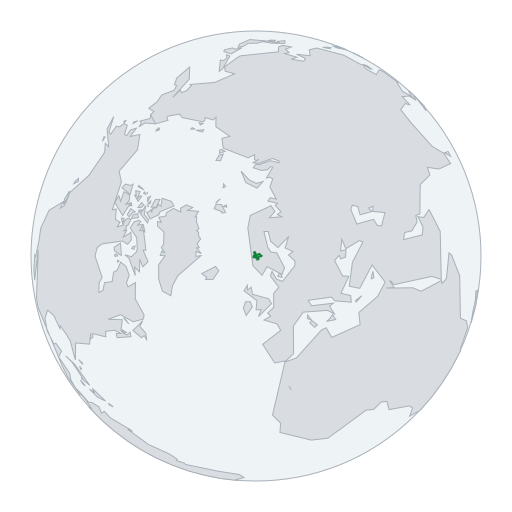 globe centered on Sør-Trøndelag, rotated 318°
{"feature_id": "NOR-911", "entity_name": "Sør-Trøndelag", "entity_type": "County", "adm_level": 1, "iso_a3": "NOR", "parent_name": "Norway", "parent_adm1": "", "projection": "orthographic", "projection_center": [9.786, 63.353], "detail": "fine", "context": "on_globe", "style": "filled", "palette": "green", "viewbox_px": 512, "rotation_deg": 318, "n_neighbors": 0, "source": "natural_earth", "source_scale": "10m", "svg_char_len": 13495}
<svg xmlns="http://www.w3.org/2000/svg" viewBox="0 0 512 512"><g transform="rotate(318 256 256)"><circle cx="256" cy="256" r="225" fill="#eef3f6" stroke="#a8b0b8"/><path d="M30.7,256.3L31.6,260.0L33.2,248.4L33.5,242.6L32.5,241.0L35.1,219.7L38.5,207.9L59.5,148.7L64.5,140.7L69.0,136.0L98.3,105.7L75.3,125.9L82.4,116.9L92.3,107.2L91.9,108.9L105.4,99.1L114.8,91.2L132.8,83.6L148.8,86.6L142.7,89.6L147.3,90.3L155.2,86.8L159.4,84.3L185.8,84.3L213.0,77.6L219.4,71.4L219.7,76.2L230.3,62.0L243.6,57.2L229.9,65.3L229.5,68.3L239.2,66.1L240.9,68.7L246.6,69.3L247.8,72.7L239.7,77.6L240.3,80.0L247.1,78.4L252.6,81.0L242.5,83.0L251.0,88.0L239.0,97.7L211.0,101.4L205.6,110.8L180.0,125.6L183.6,127.5L176.1,134.8L177.5,139.9L172.4,141.5L177.9,144.2L182.3,141.8L186.3,142.3L187.5,145.1L181.1,147.6L179.6,146.5L178.4,148.7L174.7,148.8L177.2,150.4L169.4,153.2L178.8,154.7L174.1,160.6L168.4,161.3L166.8,155.5L149.7,144.0L143.5,143.5L136.3,148.3L127.3,169.0L121.4,171.0L114.9,177.9L119.1,179.2L125.7,174.4L132.0,178.8L139.4,172.7L143.0,173.7L151.4,170.0L152.4,176.8L148.9,185.5L141.9,189.1L140.2,193.2L148.6,195.1L137.5,207.2L133.4,224.9L130.2,227.5L120.8,222.8L116.1,209.1L103.8,204.1L114.0,213.9L106.0,220.8L105.7,224.8L107.5,228.4L111.4,228.4L109.1,232.3L98.2,223.8L100.0,220.1L103.5,222.7L101.2,216.5L93.8,211.4L90.3,215.6L82.7,204.4L80.2,207.4L77.1,206.8L81.7,202.7L73.3,210.1L63.8,199.9L52.2,212.4L61.1,194.9L62.8,186.2L63.8,176.9L61.8,178.7L65.9,164.7L64.9,156.8L57.6,161.0L50.7,171.9L46.9,186.3L48.9,186.9L47.9,196.6L41.8,199.0L39.0,218.6L35.4,224.2L33.6,233.3L33.9,241.4L33.7,252.6L35.9,254.9L38.4,263.2L36.0,269.5L39.3,269.8L39.4,278.7L45.9,299.4L44.8,299.3L49.9,323.9L59.3,345.6L61.5,354.3L60.0,354.8L64.1,361.9L64.2,363.8L84.2,391.0L97.4,407.3L98.9,412.6L91.7,408.9L92.6,411.1L81.3,398.3L71.1,384.6L61.8,370.3L53.8,355.2L46.8,339.6L41.1,323.6L36.6,307.1L33.4,290.3L31.4,273.4L30.7,256.3ZM48.8,215.0L45.9,240.8L44.3,229.8L45.2,231.1L46.6,223.7L48.2,212.0L47.7,202.8L48.8,215.0ZM54.7,218.3L54.9,214.3L55.2,217.8L54.7,218.3ZM160.9,82.9L155.2,86.5L147.4,88.8L151.9,85.5L160.9,82.9ZM176.1,79.5L173.9,81.7L169.0,80.3L171.8,79.5L176.1,79.5ZM223.5,66.5L218.5,68.1L222.8,65.7L223.5,66.5ZM247.2,68.8L248.0,67.5L250.6,68.4L247.2,68.8ZM150.3,166.5L150.8,168.2L149.0,168.0L150.3,166.5ZM153.4,163.4L150.9,162.0L152.0,160.3L153.6,161.2L153.4,163.4ZM254.8,74.5L258.6,76.4L253.3,75.3L254.8,74.5ZM156.3,165.6L154.3,157.5L156.4,154.6L163.9,155.7L156.3,165.6ZM260.0,78.1L269.4,83.0L272.2,80.5L269.7,90.5L262.5,82.9L255.5,81.7L259.8,80.5L260.0,78.1ZM183.2,139.8L178.6,142.5L181.3,137.7L183.2,139.8ZM184.0,136.7L186.9,121.7L194.4,119.4L191.9,124.8L200.8,119.9L203.0,126.1L198.7,130.2L193.4,130.4L198.3,132.6L184.0,136.7ZM266.9,95.3L268.0,97.4L265.3,96.2L266.9,95.3ZM188.0,142.1L188.0,139.2L194.5,136.9L195.8,142.4L193.3,141.3L188.0,142.1ZM202.0,115.7L207.0,115.1L210.3,119.9L212.7,120.4L203.7,126.0L202.0,115.7ZM192.4,143.3L196.3,145.2L194.4,148.9L188.6,144.8L192.4,143.3ZM195.6,134.1L198.7,133.4L197.4,135.5L195.6,134.1ZM189.6,163.6L189.4,159.9L192.7,158.4L189.6,163.6ZM197.9,145.7L198.6,144.4L199.9,143.5L202.0,145.5L197.9,145.7ZM206.6,129.1L206.9,131.3L210.4,127.0L213.0,130.6L206.5,133.8L210.4,134.0L211.1,135.1L205.0,136.5L206.6,129.1ZM208.0,144.8L200.7,150.3L200.4,157.3L197.4,158.8L198.4,147.3L208.0,144.8ZM206.8,139.7L206.9,143.2L203.1,143.2L200.7,140.9L206.8,139.7ZM217.0,132.0L214.8,125.6L216.2,125.2L217.0,132.0ZM208.7,146.8L210.4,145.4L209.1,147.2L208.7,146.8ZM215.3,136.5L214.3,134.2L216.0,133.8L215.3,136.5ZM214.7,144.6L212.4,146.3L210.7,144.8L214.7,144.6ZM215.6,140.9L218.2,140.8L211.5,143.2L214.9,139.9L215.6,140.9ZM217.1,136.4L217.7,135.4L217.2,137.4L217.1,136.4ZM222.5,149.7L214.5,153.1L210.8,149.5L219.1,146.7L222.5,149.7ZM480.7,240.5L480.9,245.5L479.8,243.6L479.1,247.3L476.8,239.5L471.3,235.4L471.5,247.0L469.0,242.6L461.5,243.9L460.4,260.5L460.3,292.8L464.3,305.3L462.5,317.5L450.2,313.8L442.7,304.8L439.5,312.1L425.8,312.8L405.9,334.4L401.9,332.8L398.4,338.5L388.6,341.6L382.1,338.0L376.6,342.6L393.7,351.5L399.4,346.4L402.6,335.1L406.4,339.6L415.7,337.3L409.4,360.9L378.0,397.4L373.0,388.8L339.5,369.7L339.5,365.3L339.3,364.9L338.8,364.2L337.6,371.9L331.2,366.9L351.1,384.4L355.2,392.7L377.5,398.3L375.9,400.9L382.5,400.2L401.5,382.8L402.0,386.1L394.2,406.9L366.3,439.0L369.0,445.0L365.2,451.0L345.6,461.9L345.1,462.9L343.1,463.8L326.5,470.0L309.4,474.9L292.0,478.4L274.4,480.5L263.0,477.8L270.8,473.6L269.4,469.8L252.1,459.2L256.0,451.6L251.0,448.2L240.8,448.8L234.7,444.2L228.3,443.6L187.5,439.5L174.0,429.9L155.7,403.2L162.4,396.7L161.9,385.2L206.5,354.2L217.9,358.8L255.1,354.8L260.1,356.3L257.8,367.2L287.4,376.7L294.6,366.8L319.4,367.4L334.5,361.8L336.3,340.4L311.4,349.4L305.1,340.9L323.3,325.3L344.8,317.1L343.0,313.6L327.7,310.7L330.9,300.9L322.2,308.9L327.1,311.5L321.8,316.8L317.0,314.8L318.3,311.3L311.4,311.8L307.0,328.7L311.4,333.2L294.2,340.5L299.9,348.8L295.9,354.1L284.7,342.2L284.5,336.9L265.2,323.9L263.9,330.1L282.0,342.9L277.1,342.5L275.5,351.6L272.9,344.4L253.5,329.3L236.8,333.1L218.6,353.7L208.3,354.0L198.3,348.0L201.9,326.1L224.6,327.8L226.2,320.6L219.1,308.9L226.6,310.6L226.5,306.2L234.8,306.1L244.0,295.7L252.1,294.4L253.3,280.5L257.7,278.1L255.7,286.9L258.7,292.6L278.5,289.2L281.6,285.7L280.8,277.0L286.4,277.4L283.0,269.5L293.3,263.4L278.0,264.4L276.7,254.7L281.5,246.0L278.3,243.1L270.5,257.5L269.8,263.1L273.6,267.6L269.3,283.8L263.1,287.1L257.1,271.3L247.6,274.4L247.2,261.1L268.7,229.7L278.9,222.0L300.8,228.7L299.9,235.6L291.5,236.5L301.4,244.2L299.6,239.5L304.2,239.9L304.1,231.3L307.3,231.2L301.6,223.2L305.6,222.2L309.2,227.3L312.4,214.1L320.0,209.9L319.2,207.0L316.1,205.0L327.8,201.3L326.7,199.3L322.4,199.7L317.4,196.2L313.0,188.6L317.3,187.7L319.5,190.3L330.4,194.7L335.5,202.1L336.8,201.0L333.4,194.4L320.0,189.0L316.2,184.7L322.8,186.2L320.1,185.3L319.5,182.9L323.0,179.8L315.9,177.8L303.8,153.9L309.4,145.8L316.6,149.6L312.7,133.1L319.2,126.0L315.3,126.3L310.7,119.0L308.6,121.1L306.4,120.8L293.8,103.8L294.2,99.5L284.3,93.2L282.2,93.5L281.4,96.3L269.7,90.5L272.2,80.5L276.7,80.4L275.2,74.5L285.7,75.2L293.7,73.3L306.0,78.0L311.2,76.3L310.0,74.2L316.2,70.7L333.2,71.2L324.8,79.9L300.4,82.4L310.8,82.0L310.0,84.9L314.8,86.6L322.0,86.2L321.8,84.4L341.6,99.5L362.1,106.3L356.8,98.2L359.2,94.3L377.9,96.5L409.3,119.3L412.8,115.7L416.8,117.3L422.1,124.3L416.4,122.1L416.7,126.9L412.7,124.7L419.4,135.7L413.9,133.2L421.8,143.3L425.0,142.2L421.1,133.2L430.3,143.4L433.6,138.4L440.2,142.0L455.6,165.4L461.9,183.4L463.6,186.0L462.9,190.2L466.8,201.7L472.1,200.0L473.7,203.3L477.8,222.3L477.0,220.3L475.1,231.5L478.3,241.7L479.9,235.2L480.5,237.5L480.7,240.5ZM193.5,374.6L192.9,378.2L192.8,378.3L193.5,374.6ZM369.4,317.7L381.0,310.0L372.5,301.0L376.2,297.4L371.9,295.8L371.8,300.4L360.9,295.0L364.7,287.5L361.6,282.6L357.5,285.0L352.3,299.7L367.9,307.4L366.6,314.5L369.4,317.7ZM46.2,300.0L46.7,303.7L45.4,300.4L46.2,300.0ZM42.4,230.7L42.6,235.2L42.1,238.4L41.7,235.3L42.4,230.7ZM48.0,267.2L49.0,272.7L47.2,268.1L48.0,267.2ZM45.8,244.7L47.1,263.1L43.8,254.9L43.2,243.4L44.6,249.8L45.8,244.7ZM51.2,219.7L51.0,222.9L49.9,223.2L51.2,219.7ZM54.9,220.9L54.7,219.9L55.5,217.7L54.9,220.9ZM106.7,221.3L107.5,222.1L108.5,226.1L106.5,225.1L106.7,221.3ZM122.4,239.7L118.4,245.6L119.8,240.5L116.2,240.0L114.8,229.0L128.6,228.3L122.6,230.5L122.4,239.7ZM116.7,214.4L116.1,221.3L116.2,213.9L116.7,214.4ZM217.6,283.0L221.2,286.2L219.2,291.3L208.9,293.7L211.7,286.3L217.6,283.0ZM226.8,289.8L223.8,273.8L230.0,271.9L227.0,275.6L231.5,276.0L227.8,282.1L236.8,296.3L235.6,301.8L217.3,302.7L223.9,299.2L220.0,296.1L226.8,289.8ZM205.1,239.0L203.8,232.8L219.0,236.7L218.4,242.1L208.1,244.6L202.8,239.7L205.1,239.0ZM169.9,169.4L168.5,167.3L170.2,166.6L172.9,167.7L169.9,169.4ZM189.3,162.0L178.1,178.0L175.9,176.3L172.0,188.0L164.6,188.3L167.4,180.6L158.8,189.8L158.3,183.0L153.2,189.8L160.1,172.7L159.3,167.3L163.0,173.2L169.8,173.0L172.5,171.3L179.6,162.5L181.3,150.9L188.3,149.1L192.8,151.0L193.5,153.5L188.7,153.8L193.0,156.9L186.6,159.3L189.3,162.0ZM241.5,177.7L235.7,176.3L243.2,184.4L236.9,186.2L238.2,187.1L234.4,191.1L232.0,197.5L228.8,197.4L229.2,200.0L226.7,202.8L226.3,206.3L220.4,207.5L219.4,212.0L217.2,210.1L217.0,217.5L214.5,212.5L211.0,215.9L215.3,218.9L184.7,218.3L173.9,222.3L166.1,228.6L162.9,219.6L168.1,208.3L177.7,197.4L188.6,195.0L185.2,191.5L189.4,189.4L190.3,193.0L191.4,186.3L195.1,185.5L203.6,176.7L202.9,167.8L206.0,164.5L208.1,167.6L209.7,162.2L215.9,166.0L218.2,163.8L226.6,165.5L229.5,173.1L231.9,170.0L238.4,171.4L241.5,177.7ZM224.9,150.4L229.7,158.7L228.6,163.9L214.3,158.9L211.3,160.3L202.2,157.6L204.0,150.2L206.4,151.6L209.2,151.3L207.6,153.7L211.0,151.6L214.5,153.5L218.1,152.4L218.7,155.4L224.9,150.4ZM264.6,351.8L268.2,352.0L273.7,350.8L272.7,356.6L264.6,351.8ZM251.2,341.8L254.3,340.9L255.6,348.3L251.9,348.2L251.2,341.8ZM254.9,334.3L254.4,340.3L252.4,337.1L254.9,334.3ZM258.5,285.7L261.7,284.3L262.4,286.2L261.2,289.4L258.5,285.7ZM262.6,203.2L259.4,201.3L260.1,199.9L256.5,192.8L260.9,191.0L264.8,194.6L262.6,203.2ZM332.7,345.6L329.1,351.1L326.4,350.1L328.2,348.4L332.7,345.6ZM300.0,355.7L308.0,356.3L299.6,357.3L300.0,355.7ZM266.8,200.1L264.8,197.3L268.2,198.2L266.8,200.1ZM263.9,189.4L267.8,189.6L261.0,190.0L263.9,189.4ZM371.1,449.6L379.0,443.2L390.0,435.2L395.9,429.2L397.7,429.8L386.8,439.4L371.1,449.6ZM481.3,257.4L479.6,262.1L480.2,254.8L481.0,244.6L481.3,257.4ZM465.1,305.4L468.7,306.9L467.3,312.1L465.1,305.4ZM468.3,180.7L463.9,169.5L464.2,170.1L468.0,179.9L468.3,180.7ZM460.0,161.1L460.9,162.6L461.2,163.8L460.0,161.1ZM465.8,188.7L467.1,194.5L466.0,193.3L463.7,185.2L465.8,188.7ZM445.2,145.5L449.4,149.2L451.1,151.4L449.7,151.5L445.2,145.5ZM301.7,183.0L301.8,194.7L304.8,202.3L311.1,205.3L302.2,206.3L297.6,194.5L301.7,183.0ZM303.1,157.5L297.6,155.2L299.9,153.1L301.5,153.3L303.1,157.5ZM299.9,158.3L293.4,161.5L290.2,158.2L296.0,156.3L299.9,158.3ZM280.2,180.6L280.0,184.1L277.2,183.3L280.2,180.6ZM460.9,162.5L460.3,161.1L458.6,157.6L460.0,160.4L460.9,162.5ZM455.0,150.4L454.6,149.6L455.0,150.4ZM458.0,157.7L456.4,153.2L460.4,162.2L455.5,155.7L453.5,151.0L458.0,157.7ZM414.6,108.6L412.3,108.2L409.0,104.1L411.5,105.4L414.6,108.6ZM396.2,91.0L407.4,102.9L416.0,113.1L415.6,110.9L421.6,115.3L419.7,117.3L410.2,108.5L404.5,101.2L399.2,98.5L392.3,92.6L386.9,91.8L382.4,88.9L385.6,87.5L396.2,91.0ZM384.8,91.8L372.9,89.2L368.8,82.6L370.5,81.7L377.7,85.6L379.4,88.8L384.8,91.8ZM368.8,86.7L370.4,89.9L356.2,94.6L352.2,94.1L360.8,86.5L362.7,89.2L366.9,89.3L368.8,86.7ZM270.0,96.4L268.1,97.3L268.6,95.4L270.0,96.4ZM305.3,122.1L302.3,121.3L302.9,119.0L305.3,122.1ZM294.4,117.9L295.8,121.1L292.5,118.1L294.4,117.9ZM299.3,128.1L295.5,122.5L301.7,127.3L299.3,128.1Z" fill="#d9dde1" stroke="#a8b0b8" stroke-width="1"/><path d="M260.0,256.5L260.3,257.3L260.1,257.6L260.1,257.8L260.3,258.4L260.2,258.8L260.5,259.9L260.4,259.9L260.1,259.8L259.7,259.7L259.5,259.8L259.4,259.7L259.2,259.7L258.6,259.1L258.6,258.9L258.5,258.7L258.4,258.6L258.0,258.5L257.8,258.6L257.7,258.7L257.4,258.6L256.9,258.5L256.7,258.7L256.6,259.0L256.5,259.3L256.6,259.6L256.4,259.7L256.2,259.9L256.1,260.1L255.7,260.2L255.4,260.1L254.7,259.8L254.9,259.7L254.9,259.4L255.0,259.3L255.0,259.2L254.9,259.0L254.5,258.5L254.5,258.4L255.1,258.2L255.3,258.0L255.4,257.8L255.4,257.7L255.6,257.4L255.5,257.2L255.5,256.9L255.4,256.7L255.1,256.6L255.0,256.8L254.9,256.8L254.7,256.8L254.4,256.9L254.3,256.7L254.5,256.5L254.4,256.5L254.4,256.3L254.5,256.1L254.5,255.9L254.3,255.8L254.2,255.7L254.3,255.7L254.4,255.8L254.4,255.7L254.5,255.7L254.8,255.7L254.9,255.9L254.8,256.0L255.0,256.1L255.4,255.9L255.5,255.8L255.3,255.9L255.1,255.9L254.9,255.8L254.9,255.7L255.5,255.5L255.3,255.6L255.2,255.6L255.1,255.4L255.1,255.5L254.9,255.5L254.9,255.4L255.0,255.4L255.2,255.2L255.3,255.2L255.3,255.3L255.4,255.2L255.5,255.1L255.6,255.3L255.6,255.2L255.8,254.9L255.9,255.0L256.0,255.2L256.0,255.3L256.2,255.5L256.3,255.6L256.3,255.9L256.1,256.1L256.3,256.0L256.5,256.0L256.8,256.1L256.8,256.3L256.9,256.2L256.5,255.9L256.4,255.8L256.5,255.7L256.9,255.5L257.0,255.6L257.3,255.7L257.6,255.6L257.8,255.7L257.9,255.9L258.0,256.0L259.0,256.0L259.3,256.6L260.0,256.5ZM256.7,255.3L256.4,255.4L256.2,255.4L256.2,255.2L256.0,254.9L256.0,254.7L256.4,254.5L256.5,254.4L256.4,254.4L256.4,254.5L256.4,254.4L256.2,254.4L256.1,254.5L255.9,254.6L255.7,254.7L255.6,254.8L255.6,254.6L255.9,254.4L256.0,254.4L255.6,254.4L255.8,254.2L256.1,254.0L256.0,253.9L256.3,253.8L256.5,253.8L256.6,253.7L256.4,253.7L256.3,253.8L256.3,253.7L256.5,253.6L256.4,253.6L256.4,253.4L256.4,253.2L256.5,253.1L256.6,252.9L256.7,252.7L256.8,252.7L257.0,252.7L256.9,252.6L256.9,252.4L257.0,252.4L257.1,252.2L257.3,252.2L257.2,252.0L257.3,252.0L257.5,252.0L257.4,252.0L257.4,251.9L257.2,251.9L257.3,251.8L257.6,251.9L257.7,252.1L257.9,252.2L258.0,252.3L257.9,252.6L257.8,252.9L257.9,253.0L257.8,253.3L257.8,253.5L257.7,253.6L257.5,253.8L257.4,254.0L257.2,254.4L257.2,254.5L256.8,254.8L256.7,254.9L256.7,255.0L256.7,255.3ZM254.8,255.1L254.8,255.3L254.4,255.5L254.1,255.5L253.9,255.6L253.7,255.7L253.4,255.6L253.4,255.4L253.6,255.2L254.0,255.1L253.9,255.1L254.0,255.0L254.3,254.9L254.3,255.0L254.4,254.9L254.6,254.8L254.6,255.0L254.8,255.0L254.8,255.1ZM253.7,254.7L253.4,254.7L253.5,254.6L253.8,254.5L254.2,254.3L254.2,254.2L254.3,254.2L254.3,254.3L254.3,254.5L254.2,254.7L253.8,254.7L253.7,254.8L253.7,254.7L253.8,254.6L253.7,254.7L253.7,254.7ZM254.9,254.8L254.8,255.0L254.7,255.0L254.7,254.9L254.8,254.8L254.9,254.8ZM256.2,253.3L256.3,253.4L256.2,253.4L256.2,253.5L256.1,253.4L256.2,253.3Z" fill="#22c55e" stroke="#15803d" stroke-width="1.5"/></g></svg>